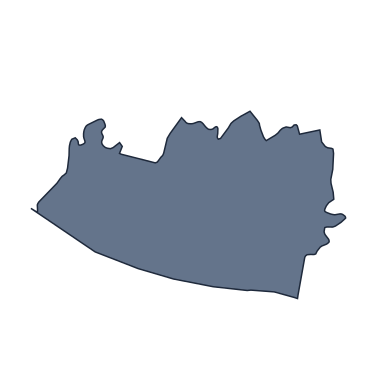 outline of Escuintla, rotated 10°
{"feature_id": "GTM-1950", "entity_name": "Escuintla", "entity_type": "Department", "adm_level": 1, "iso_a3": "GTM", "parent_name": "Guatemala", "parent_adm1": "", "projection": "albers", "projection_center": [-91.003, 14.2], "detail": "fine", "context": "isolated", "style": "filled", "palette": "slate", "viewbox_px": 384, "rotation_deg": 10, "n_neighbors": 0, "source": "natural_earth", "source_scale": "10m", "svg_char_len": 2566}
<svg xmlns="http://www.w3.org/2000/svg" viewBox="0 0 384 384"><g transform="rotate(10 192 192)"><path d="M314.4,278.6L311.1,278.1L290.3,276.1L267.0,278.4L263.5,279.4L229.2,281.6L189.0,280.9L152.3,276.8L107.0,267.8L36.2,236.1L43.3,238.9L43.0,236.4L41.9,231.6L42.2,230.1L42.9,228.4L57.5,206.8L60.0,201.5L61.4,199.1L63.0,197.5L64.9,195.1L65.3,190.1L64.6,177.6L63.5,170.3L63.3,167.8L63.5,164.0L64.1,161.9L64.5,160.9L67.6,158.9L70.0,160.6L71.1,162.1L71.8,164.5L72.2,165.1L73.0,165.4L74.3,165.1L76.4,163.8L77.4,162.9L78.0,162.0L77.9,161.2L77.7,160.5L76.2,157.7L75.6,156.2L75.1,153.5L75.0,151.5L75.1,149.6L75.7,147.0L76.3,145.5L76.7,144.9L77.8,143.8L86.4,137.5L87.8,136.7L90.2,136.0L91.4,136.4L92.7,137.4L94.6,140.5L95.2,142.0L95.2,143.2L93.0,146.4L92.7,147.2L92.5,148.0L92.5,148.8L92.8,149.5L93.2,150.3L94.7,152.4L95.0,153.3L95.0,154.3L94.4,156.9L94.3,157.8L94.4,158.7L94.7,159.6L95.3,160.6L96.6,161.9L98.1,162.8L99.2,163.3L101.2,163.6L104.2,163.5L106.6,162.0L112.1,155.9L115.4,159.2L113.9,166.6L115.8,167.1L150.8,169.7L152.7,168.5L155.3,163.2L156.7,161.2L157.1,160.0L157.4,158.3L158.3,143.4L160.3,138.1L168.8,120.6L173.0,123.7L173.7,124.4L175.1,125.1L176.5,125.3L179.2,125.0L180.6,124.6L181.6,124.2L185.6,121.9L186.4,121.6L187.2,121.4L188.1,121.3L189.5,121.8L191.0,122.8L194.0,125.4L195.8,126.6L197.4,127.4L199.6,127.2L200.7,126.8L201.6,126.3L203.1,124.5L204.2,123.6L205.0,123.4L205.8,123.9L206.5,125.1L207.2,130.1L207.2,132.7L207.4,133.7L207.8,134.5L208.7,135.4L210.8,134.3L216.6,122.7L218.3,118.2L218.7,117.4L220.8,114.7L227.1,108.8L235.1,102.4L243.9,110.1L246.3,112.7L246.6,113.4L246.8,114.3L249.1,119.1L252.9,125.4L254.8,127.5L256.2,128.5L264.1,121.7L266.1,119.4L266.6,118.7L268.1,116.0L269.5,114.2L270.2,113.5L270.8,113.1L273.4,111.6L277.7,111.6L279.4,110.6L280.9,108.3L282.9,107.7L284.1,108.5L284.5,109.2L287.9,116.4L307.1,108.7L311.0,120.2L315.4,124.1L317.9,124.9L321.8,124.8L322.7,125.0L323.4,125.3L324.7,129.4L326.7,145.3L326.5,155.6L327.4,159.3L331.1,167.8L332.9,174.5L328.5,178.8L326.7,182.3L325.8,185.7L325.8,187.2L326.3,188.1L327.0,188.4L328.2,188.8L332.3,189.6L334.2,189.7L336.2,189.7L337.0,189.5L341.7,187.8L342.9,187.7L344.2,187.9L346.8,189.2L347.6,190.2L347.8,191.1L344.1,195.9L339.2,200.6L337.2,201.8L336.5,202.1L330.9,203.0L328.9,204.0L329.0,208.3L330.0,210.3L330.6,211.0L334.9,215.0L335.5,216.3L335.7,217.3L335.3,218.0L334.4,219.2L333.2,220.2L329.3,222.6L327.8,224.1L325.5,228.4L324.6,231.5L323.9,231.9L323.0,232.4L319.6,232.9L316.2,233.8L315.0,235.1L314.4,236.7L314.3,275.2L314.4,278.6Z" fill="#64748b" stroke="#1e293b" stroke-width="1.5"/></g></svg>